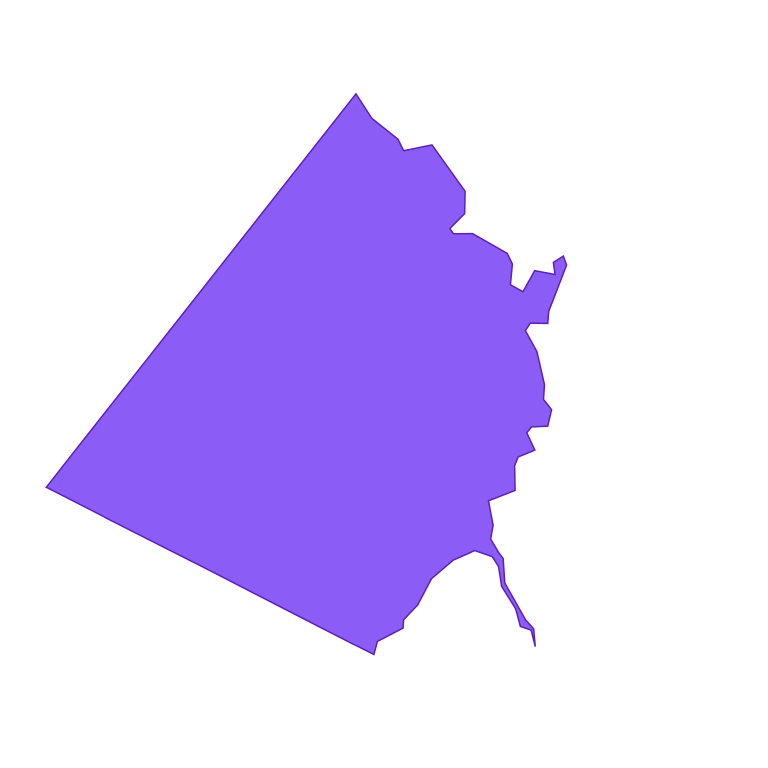 Halifax, Virginia, United States of America (Albers equal-area conic projection), rotated 27°
{"feature_id": "52423323B86622272902322", "entity_name": "Halifax", "entity_type": "district", "adm_level": 2, "iso_a3": "USA", "parent_name": "United States of America", "parent_adm1": "Virginia", "projection": "albers", "projection_center": [-78.814, 36.802], "detail": "fine", "context": "isolated", "style": "filled", "palette": "violet", "viewbox_px": 768, "rotation_deg": 27, "n_neighbors": 0, "source": "geoboundaries", "source_scale": "gbopen_adm2", "svg_char_len": 1082}
<svg xmlns="http://www.w3.org/2000/svg" viewBox="0 0 768 768"><g transform="rotate(27 384 384)"><path d="M130.0,629.4L136.8,629.3L137.4,629.3L190.8,629.4L191.1,629.4L200.1,629.6L201.2,629.6L311.7,629.3L317.3,629.3L318.2,629.3L339.8,629.4L360.1,629.5L360.8,629.5L450.6,629.8L474.0,629.8L479.4,629.7L497.8,629.6L495.0,616.4L511.8,592.8L508.5,585.2L514.3,565.6L514.7,535.9L525.6,509.6L540.5,491.2L558.8,488.7L568.9,494.6L580.7,510.9L603.3,524.5L615.6,538.1L626.8,536.5L638.0,549.3L628.5,534.2L617.3,529.9L582.0,506.5L569.4,485.4L562.6,482.1L549.4,473.7L545.4,460.4L530.1,440.6L549.1,419.3L537.5,397.5L536.6,388.2L548.4,374.4L533.3,362.6L535.0,355.2L549.0,347.3L545.0,330.8L533.1,325.3L527.2,311.6L505.6,285.8L485.7,272.2L486.7,263.4L502.4,255.7L497.8,244.6L492.7,195.1L485.7,188.6L479.7,198.8L486.7,208.8L466.8,214.6L465.9,238.7L451.6,238.2L443.9,218.8L434.5,211.7L394.6,209.8L377.7,218.6L372.1,215.6L378.5,195.6L368.8,175.5L318.2,149.2L295.6,167.2L285.4,159.6L252.5,152.8L227.3,138.2L176.7,393.7L137.3,591.9L130.0,629.4Z" fill="#8b5cf6" stroke="#5b21b6" stroke-width="1.5"/></g></svg>